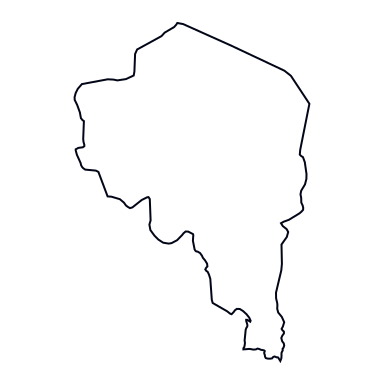 outline of Kerman
{"feature_id": "IRN-3248", "entity_name": "Kerman", "entity_type": "Province", "adm_level": 1, "iso_a3": "IRN", "parent_name": "Iran", "parent_adm1": "", "projection": "natural_earth1", "projection_center": [57.389, 29.03], "detail": "fine", "context": "isolated", "style": "outline", "palette": "ink", "viewbox_px": 384, "rotation_deg": 0, "n_neighbors": 0, "source": "natural_earth", "source_scale": "10m", "svg_char_len": 2394}
<svg xmlns="http://www.w3.org/2000/svg" viewBox="0 0 384 384"><path d="M107.6,196.4L98.4,171.9L95.8,170.6L85.2,169.6L83.2,168.2L82.1,167.0L81.1,165.2L80.6,163.0L76.9,154.8L75.7,150.4L75.7,149.3L77.7,148.3L78.2,147.9L82.8,147.3L84.3,146.2L84.3,144.6L83.6,142.4L83.2,139.2L83.9,121.1L82.4,120.0L80.9,118.1L79.9,112.5L77.2,105.0L74.7,99.9L74.6,97.1L75.7,93.0L77.8,88.8L81.9,84.1L107.7,79.3L113.5,79.6L117.3,80.4L125.9,79.1L133.7,75.5L134.4,71.6L135.1,54.0L137.1,49.5L161.5,36.1L164.7,32.6L174.2,27.0L176.3,24.6L177.3,23.0L183.2,24.1L232.2,46.1L284.4,70.7L290.9,75.8L309.4,103.8L300.2,149.9L299.8,154.6L300.9,155.8L303.0,157.2L304.8,162.2L306.5,174.0L306.4,178.9L305.0,184.4L301.2,190.7L300.5,194.3L301.2,198.0L301.3,202.6L302.7,205.6L303.2,207.8L303.1,209.8L301.7,211.4L299.7,213.2L288.9,219.8L283.7,221.7L281.0,223.2L282.8,226.1L286.6,229.1L288.2,232.0L286.8,237.0L281.5,244.5L281.9,263.9L281.3,270.3L276.0,292.7L276.1,298.3L277.2,303.0L277.4,305.1L277.2,308.7L278.2,312.5L281.8,316.9L284.2,322.2L282.9,326.5L281.6,328.9L282.4,330.2L283.9,331.6L283.9,333.5L282.4,335.5L281.3,338.0L282.2,341.3L283.8,343.4L284.2,345.5L283.5,347.7L282.6,348.8L282.7,350.6L282.1,351.5L281.5,353.0L281.5,356.4L281.3,358.5L280.3,361.0L278.4,357.9L277.8,357.3L276.5,357.3L274.7,356.5L273.3,356.9L272.0,358.4L270.0,358.7L267.7,358.6L265.8,358.1L265.0,356.6L264.8,354.9L264.3,353.6L264.2,352.6L264.7,351.5L264.7,350.9L263.9,350.3L261.0,349.8L259.2,349.0L257.5,348.6L255.9,349.4L253.4,349.6L249.6,348.9L243.4,349.4L243.4,348.2L244.3,347.0L244.9,343.8L244.9,342.2L244.6,340.6L245.7,329.7L246.3,328.0L247.1,326.8L247.4,325.9L247.3,324.5L246.2,320.9L246.2,319.8L247.2,319.8L250.2,321.7L250.6,320.7L249.2,317.6L246.5,314.2L243.0,311.0L239.8,309.0L236.8,308.9L234.9,310.3L233.8,311.9L231.6,314.2L230.2,313.7L227.0,311.2L212.7,303.0L211.8,299.8L210.3,278.8L208.9,274.4L207.6,271.7L206.4,271.0L205.3,269.4L206.2,267.7L207.4,266.5L207.1,263.7L205.0,260.3L202.9,257.8L201.9,255.6L200.0,253.0L197.6,251.6L196.2,251.4L195.3,250.6L194.6,249.4L192.9,240.7L193.3,235.0L193.0,234.1L188.2,231.6L185.6,231.5L183.5,233.3L182.1,235.1L177.1,240.2L171.6,243.1L168.7,243.6L163.2,242.7L158.4,239.6L154.5,235.7L150.4,230.1L149.4,224.6L150.6,220.4L149.8,199.1L148.5,197.1L147.1,197.3L141.7,200.0L132.4,207.4L130.0,208.1L128.0,207.0L126.0,205.5L124.0,202.7L119.9,199.2L111.5,196.7L107.6,196.4Z" fill="none" stroke="#020617" stroke-width="2"/></svg>